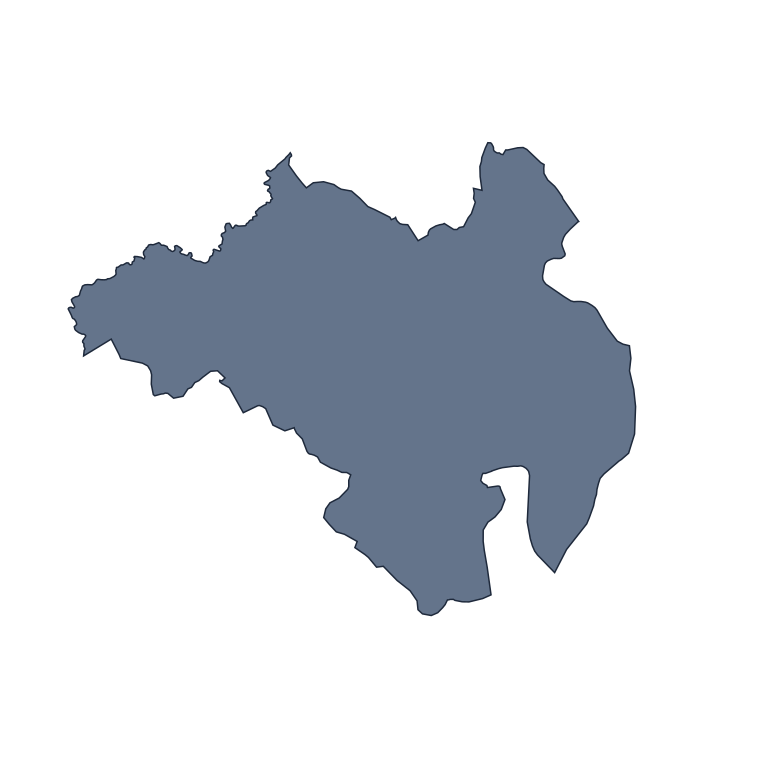 Wusab Al Aali, Dhamar, Yemen (Mercator projection), rotated 331°
{"feature_id": "15242507B81137292307075", "entity_name": "Wusab Al Aali", "entity_type": "district", "adm_level": 2, "iso_a3": "YEM", "parent_name": "Yemen", "parent_adm1": "Dhamar", "projection": "mercator", "projection_center": [43.763, 14.333], "detail": "fine", "context": "isolated", "style": "filled", "palette": "slate", "viewbox_px": 768, "rotation_deg": 331, "n_neighbors": 0, "source": "geoboundaries", "source_scale": "gbopen_adm2", "svg_char_len": 6171}
<svg xmlns="http://www.w3.org/2000/svg" viewBox="0 0 768 768"><g transform="rotate(331 384 384)"><path d="M441.8,631.7L463.5,617.2L493.5,604.6L498.6,600.6L508.2,592.2L512.5,587.1L516.3,583.6L519.2,579.4L523.4,574.9L527.3,571.3L532.9,569.3L552.2,565.3L555.1,565.1L564.4,563.1L578.9,549.2L593.1,525.7L599.9,509.6L605.1,491.5L612.4,481.2L617.2,469.5L612.3,465.0L608.8,459.6L606.4,443.4L606.1,422.6L605.5,419.4L604.0,416.1L601.5,411.8L599.9,410.1L596.4,407.4L593.4,405.7L589.9,404.0L587.7,401.9L583.7,394.7L574.0,375.2L573.5,372.1L573.6,369.6L575.1,366.3L581.9,357.9L583.9,356.4L586.5,355.6L590.7,355.9L593.3,356.4L598.2,359.3L600.2,360.0L604.3,359.5L605.5,358.1L606.6,350.4L607.1,348.3L607.8,346.9L612.2,342.9L615.2,341.1L622.1,338.8L632.4,336.2L633.1,336.3L630.2,308.9L630.6,306.4L629.8,298.2L629.1,293.8L626.1,284.9L626.0,277.4L628.2,273.0L630.4,269.7L628.4,266.4L622.6,248.0L620.3,244.6L615.4,242.2L605.7,239.3L603.9,238.3L599.3,241.0L597.7,239.7L596.9,237.8L595.1,236.9L594.0,235.3L593.3,233.6L593.3,232.4L594.3,230.5L594.6,229.2L594.6,225.9L594.2,224.8L591.8,223.3L587.1,226.7L579.3,233.4L577.1,236.6L573.3,240.3L568.6,249.3L563.6,262.1L557.1,256.2L555.3,261.0L552.3,265.1L552.0,269.3L543.0,277.4L538.3,279.4L529.9,285.0L525.7,283.6L522.8,284.3L519.9,282.7L514.5,272.8L513.1,272.8L509.8,271.7L506.0,270.9L500.0,270.9L498.3,271.4L496.4,272.8L494.6,275.1L483.3,275.2L482.0,256.2L477.6,253.4L475.6,251.4L474.6,248.1L474.5,246.2L474.9,243.9L473.8,244.2L470.0,243.8L470.0,241.0L460.3,226.8L455.9,221.0L452.9,209.9L449.1,199.5L441.0,192.9L439.2,190.1L436.9,185.3L429.2,177.8L419.7,173.7L411.2,174.8L409.8,168.5L408.3,159.6L406.8,146.2L411.0,140.4L413.7,139.7L414.2,138.4L414.1,136.3L412.1,137.2L408.1,138.3L406.5,139.1L397.3,140.8L393.6,142.4L387.8,143.0L386.3,141.0L385.0,140.8L384.0,141.2L383.4,142.0L383.3,145.2L384.8,148.4L384.3,149.0L381.8,150.0L377.1,149.9L376.5,150.2L376.3,150.8L376.5,151.6L379.3,154.2L380.0,155.2L379.2,157.2L378.7,157.6L377.1,157.5L375.9,158.4L375.9,159.1L376.8,160.3L376.8,161.3L377.2,162.8L377.0,163.7L376.4,164.2L376.2,165.0L376.3,167.9L375.7,168.1L374.2,168.1L373.3,169.4L372.2,170.0L371.6,169.9L369.6,168.3L369.0,168.3L368.0,169.8L365.4,169.5L360.2,169.7L356.8,170.9L355.5,171.0L355.0,171.5L354.6,172.3L354.6,173.5L354.9,174.0L354.5,175.1L350.4,174.4L349.5,175.2L348.8,176.8L346.9,176.0L345.5,176.0L343.4,177.1L341.8,177.1L340.9,177.5L340.5,178.2L339.3,178.3L333.7,175.6L332.6,174.7L332.1,173.7L331.5,173.6L331.2,173.2L330.6,173.2L327.6,174.6L327.1,174.5L326.7,172.8L326.9,170.6L326.7,168.5L324.5,167.5L323.5,167.4L320.9,169.6L319.6,173.6L317.9,174.2L315.4,173.9L314.2,174.5L313.5,175.6L313.9,177.3L313.2,179.5L312.0,180.6L310.2,183.0L306.8,183.1L306.2,183.5L306.2,184.7L306.9,186.4L306.3,187.5L305.4,188.1L304.8,188.1L304.4,187.8L300.7,183.8L300.0,183.7L299.4,184.2L299.2,185.7L297.6,186.9L296.4,188.3L293.6,188.4L291.0,190.8L290.1,191.4L288.9,191.8L286.6,191.7L285.4,191.0L284.4,190.0L282.7,187.6L280.3,186.2L280.7,186.3L280.3,186.1L278.4,184.2L276.1,180.2L276.2,179.8L276.7,179.5L278.2,179.0L278.9,176.7L278.8,175.7L277.8,175.0L276.9,174.9L275.6,175.9L274.0,176.2L272.3,174.4L271.8,173.6L270.0,172.0L269.5,170.9L269.4,169.7L269.7,169.4L271.9,169.1L272.6,168.7L272.6,168.2L271.8,165.9L269.9,162.5L268.6,162.0L267.6,162.1L266.6,164.8L266.0,165.4L264.4,165.8L263.3,165.6L262.3,164.6L262.1,163.4L260.9,162.0L260.7,160.4L260.9,158.6L258.7,155.9L256.6,154.7L256.2,152.6L255.6,151.2L250.5,150.5L249.4,150.2L247.6,148.9L245.9,148.4L245.4,148.4L243.6,149.6L242.2,149.6L241.4,150.5L240.0,150.7L237.9,151.7L237.3,152.4L236.5,154.4L236.6,156.6L235.3,158.0L234.6,158.2L233.2,155.6L229.8,152.8L227.6,151.5L226.8,151.8L227.1,152.9L225.0,155.2L223.0,155.3L221.9,156.8L221.3,157.1L220.4,157.0L219.7,156.6L219.2,155.8L219.3,154.7L219.0,154.1L217.4,153.2L214.1,153.3L213.2,153.2L211.8,152.4L208.1,152.9L206.8,152.4L206.3,152.6L205.8,153.5L204.5,154.6L203.0,157.9L202.1,158.5L200.0,159.0L195.4,158.9L193.0,157.9L192.1,158.2L189.9,157.3L187.2,155.7L184.5,153.7L183.0,153.7L179.8,155.3L177.4,155.7L176.5,155.6L173.0,153.4L171.0,152.5L170.1,152.2L168.6,152.2L167.8,152.2L167.1,152.7L165.6,154.2L163.6,155.6L160.5,158.8L158.4,158.9L156.6,158.2L153.2,158.1L151.5,158.7L150.9,160.9L151.0,165.1L150.9,166.4L150.6,166.8L150.2,167.1L148.9,167.0L147.6,165.2L146.4,164.7L145.2,164.6L144.2,165.2L143.9,172.1L143.5,174.8L143.6,175.8L144.5,177.0L144.7,177.8L144.9,180.0L144.6,181.6L144.1,182.8L143.6,183.1L140.9,183.7L140.2,186.1L140.3,187.5L141.8,190.9L144.1,194.0L145.5,194.8L146.0,195.5L146.4,196.2L146.5,197.2L145.7,198.0L141.6,200.0L141.0,200.7L140.7,201.5L141.1,203.2L139.9,205.4L139.6,208.0L139.3,208.6L138.1,209.2L134.9,213.8L167.2,212.5L166.6,229.9L166.1,234.1L182.8,248.6L186.1,253.6L186.3,259.3L185.2,263.3L180.4,271.3L177.1,281.4L177.8,283.2L184.1,284.7L186.5,285.7L188.3,285.9L190.4,287.4L193.1,294.4L202.3,297.3L210.1,293.2L214.0,293.6L219.2,291.0L223.6,291.3L228.8,290.2L238.5,288.8L244.8,291.7L247.9,301.6L243.9,302.7L242.1,301.2L241.4,302.3L242.5,305.1L247.0,312.3L247.0,340.9L263.1,341.8L264.7,342.5L266.9,345.0L268.6,348.2L266.9,366.1L274.6,376.9L284.2,378.7L284.0,379.0L283.7,384.5L285.9,392.4L284.0,405.5L284.3,408.1L285.2,409.4L286.4,410.3L288.5,412.5L290.5,415.6L290.5,421.6L296.9,431.8L301.2,436.6L304.3,440.9L308.6,443.4L310.9,447.3L306.5,451.1L303.4,456.7L301.2,458.5L289.5,462.0L279.2,461.7L272.6,464.9L266.5,471.6L268.1,480.3L270.6,490.2L276.5,496.2L284.2,508.7L279.2,513.0L284.7,524.0L286.3,528.1L288.7,540.6L295.0,543.1L300.2,562.2L306.6,577.5L307.8,589.7L304.3,597.9L306.2,603.7L313.1,609.4L320.1,610.1L326.8,608.1L330.5,606.6L334.8,603.6L336.0,604.2L337.3,604.4L340.3,606.0L341.1,607.6L346.8,612.4L352.7,615.8L366.3,619.5L375.4,620.3L385.3,594.6L391.1,578.0L394.5,569.6L400.0,559.8L407.9,555.2L416.6,554.1L425.7,550.6L433.8,543.7L435.0,532.4L435.6,530.1L435.1,529.1L433.8,528.3L424.3,524.7L424.8,522.7L422.4,518.8L421.8,515.3L425.5,511.3L427.2,510.1L429.5,511.4L436.0,512.5L436.1,512.3L443.2,513.6L447.0,514.6L457.9,518.9L460.9,520.7L464.0,521.9L465.7,523.6L467.4,526.6L468.0,529.2L468.1,530.7L466.9,534.7L442.4,574.1L436.9,590.4L435.3,597.7L434.8,603.2L435.4,608.0L441.8,631.7Z" fill="#64748b" stroke="#1e293b" stroke-width="1.5"/></g></svg>